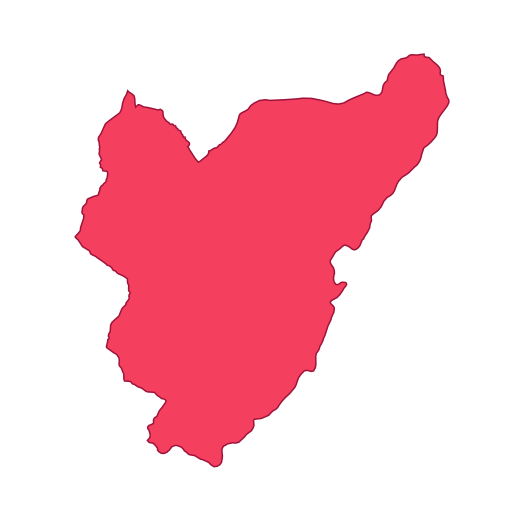 the district of Guadalupe, Santander, Colombia, rotated 184°
{"feature_id": "7082276B99610828489560", "entity_name": "Guadalupe", "entity_type": "district", "adm_level": 2, "iso_a3": "COL", "parent_name": "Colombia", "parent_adm1": "Santander", "projection": "orthographic", "projection_center": [-73.394, 6.237], "detail": "fine", "context": "isolated", "style": "filled", "palette": "rose", "viewbox_px": 512, "rotation_deg": 184, "n_neighbors": 0, "source": "geoboundaries", "source_scale": "gbopen_adm2", "svg_char_len": 6058}
<svg xmlns="http://www.w3.org/2000/svg" viewBox="0 0 512 512"><g transform="rotate(184 256 256)"><path d="M81.8,448.6L83.6,449.2L84.8,449.8L85.0,451.1L84.9,453.4L85.6,455.8L87.3,458.0L89.4,459.8L93.0,462.4L97.1,466.0L101.1,466.3L102.1,467.0L102.4,469.1L106.8,468.3L108.9,467.7L115.0,467.6L117.1,466.8L118.7,465.1L120.1,464.1L124.9,462.8L127.5,460.8L129.2,458.6L131.9,452.8L136.4,446.2L137.5,440.0L139.9,437.5L141.1,434.6L141.7,428.8L143.0,426.4L144.5,425.2L146.2,424.8L148.4,424.7L154.5,426.8L157.2,427.1L159.1,425.7L169.0,420.8L174.6,417.8L179.0,414.8L184.3,413.3L190.1,413.5L196.2,414.9L202.1,415.9L211.4,417.1L220.4,416.7L226.0,415.6L238.9,413.8L252.8,412.2L257.5,412.5L263.3,411.4L268.5,408.4L271.8,405.6L274.1,401.8L276.7,399.9L280.4,397.8L282.3,395.9L284.0,387.7L285.9,382.5L289.4,376.5L294.4,369.5L295.5,368.1L297.0,367.1L299.1,364.6L300.2,364.5L302.0,362.0L303.0,361.2L304.8,360.8L306.7,359.7L307.8,358.7L309.4,357.7L310.4,357.5L310.4,355.6L311.3,353.4L312.7,351.9L317.6,347.4L318.8,346.3L320.0,345.6L323.3,348.8L329.5,357.1L331.2,359.9L331.8,360.4L330.4,361.8L330.1,363.2L330.6,364.5L334.0,366.9L334.9,368.5L335.1,369.7L336.2,369.4L336.9,369.9L337.7,371.8L338.8,372.9L339.5,374.0L339.7,375.3L341.2,376.0L342.4,376.2L342.8,377.3L343.7,378.0L344.8,378.5L345.0,379.8L346.0,380.5L347.2,380.4L348.2,381.7L350.9,381.5L352.1,382.9L354.8,384.5L356.9,386.7L358.0,388.4L358.7,391.5L358.9,393.4L359.8,394.7L361.9,395.7L363.1,394.9L364.7,395.0L369.9,395.9L375.1,396.7L377.0,396.7L379.0,397.1L381.5,398.2L383.1,398.7L384.1,398.7L386.4,396.2L387.2,398.7L388.0,404.9L388.9,407.4L391.2,409.1L394.2,410.7L395.5,411.9L396.5,408.0L398.5,404.0L399.8,398.7L400.1,394.8L400.7,392.2L402.0,389.2L413.3,379.5L415.5,377.2L419.0,367.6L421.4,363.3L421.4,360.6L420.4,358.5L420.0,355.8L419.4,353.6L419.8,351.7L419.4,350.2L419.7,346.9L416.7,341.2L417.9,339.6L418.6,337.8L417.4,336.2L417.4,333.5L416.2,333.2L415.3,332.3L414.8,330.4L411.2,330.1L410.2,329.8L409.7,327.9L410.0,323.0L410.7,322.1L410.7,320.5L410.9,319.5L413.1,317.4L413.5,316.4L415.0,315.3L416.1,313.4L416.4,312.8L416.5,311.7L416.4,310.8L417.0,308.9L417.3,307.8L417.3,306.6L417.6,306.1L418.6,305.3L422.4,304.0L427.5,301.4L428.1,300.8L428.5,300.0L428.9,297.1L429.5,295.9L431.7,293.5L432.1,292.7L432.4,291.8L432.7,287.6L432.5,286.8L432.1,286.1L430.8,285.1L430.6,284.7L430.6,281.5L433.0,272.1L433.0,269.6L433.4,268.5L434.4,266.9L437.5,263.0L437.7,262.4L436.5,261.1L434.9,260.0L432.1,256.5L429.9,253.4L427.8,252.2L426.6,251.8L424.5,250.5L423.4,250.1L422.3,249.3L421.4,247.1L420.9,246.5L418.9,245.5L417.6,245.1L415.8,244.3L414.2,243.2L407.7,239.4L404.8,237.4L404.1,236.6L403.3,236.3L401.9,236.1L400.7,235.4L399.7,234.7L398.7,233.7L398.4,232.9L397.1,231.6L395.6,231.4L394.9,231.1L393.9,229.9L391.8,228.5L390.4,228.1L387.4,227.0L384.2,225.3L382.7,224.0L382.5,223.5L382.5,221.8L382.2,220.2L380.9,217.7L380.8,214.3L380.6,212.7L380.3,212.1L379.2,211.1L379.0,210.3L379.0,209.8L379.6,209.1L379.9,208.2L380.0,206.7L379.7,206.3L379.5,205.5L379.6,204.8L380.1,203.5L382.4,200.0L382.4,198.6L382.7,198.0L384.8,195.8L386.2,193.8L388.5,186.6L393.6,181.3L395.0,179.7L395.8,178.1L396.2,176.9L396.2,170.9L396.6,169.5L397.3,168.5L397.7,166.5L397.7,165.7L397.5,165.3L396.8,164.6L396.7,164.0L398.0,162.2L398.1,160.0L398.9,155.0L398.6,154.3L398.0,153.8L391.0,149.5L389.3,148.8L388.1,148.0L386.8,146.5L385.4,144.3L385.1,142.0L385.1,138.6L384.8,137.4L384.4,136.7L382.8,135.2L379.9,129.5L379.6,128.5L379.3,124.5L378.6,122.3L378.2,122.1L374.3,122.2L372.2,121.9L370.6,120.1L370.0,119.7L368.5,119.5L364.5,117.2L361.3,116.4L360.4,116.0L356.2,113.3L354.5,112.9L347.7,112.9L346.8,111.9L344.7,110.0L341.4,108.1L340.5,107.4L339.9,107.1L338.1,107.0L337.4,106.8L336.0,105.8L335.7,104.9L335.8,104.2L336.1,103.4L339.2,98.3L341.0,95.8L342.0,94.0L343.5,89.6L344.2,88.7L345.9,87.5L346.2,87.0L346.8,85.7L346.8,85.0L346.6,82.2L346.7,81.8L348.5,80.7L351.1,79.4L352.1,77.9L352.1,77.4L351.9,76.3L350.7,74.8L350.0,73.2L349.2,70.7L349.1,69.6L349.1,68.1L349.5,67.0L351.5,64.5L350.3,63.2L349.5,62.6L348.6,62.4L345.9,62.2L344.4,61.1L342.8,59.7L341.0,57.5L340.6,56.6L340.8,55.8L340.0,54.7L338.9,53.8L337.0,52.7L335.3,52.5L334.2,52.6L333.3,52.9L331.1,54.1L330.4,54.9L328.8,56.4L326.8,59.7L324.8,60.9L322.6,61.5L320.9,61.3L317.2,60.1L315.2,58.5L313.9,56.7L311.3,55.2L310.4,54.2L309.0,53.3L306.5,52.9L303.2,52.6L297.1,49.4L295.5,49.2L292.1,48.1L288.7,46.7L286.3,44.5L283.2,42.9L280.1,43.5L277.7,45.1L276.1,47.5L275.7,50.6L275.5,53.9L276.3,58.2L276.5,60.7L275.9,62.7L275.1,64.1L273.1,65.2L271.8,66.4L266.7,68.0L263.2,68.0L260.2,69.0L254.7,74.9L253.1,77.3L248.3,81.5L247.0,84.2L246.2,86.8L247.0,91.9L246.3,93.0L239.4,94.3L232.2,98.0L229.8,101.1L228.0,102.9L225.8,104.3L223.9,106.2L222.6,108.8L220.0,112.9L218.4,115.0L215.9,117.9L213.0,120.9L208.1,127.6L206.9,130.7L205.2,137.3L203.0,141.0L199.7,144.9L196.6,145.5L193.0,144.7L190.5,145.4L189.0,148.8L188.7,152.0L189.4,160.3L189.0,163.1L186.8,166.7L185.8,170.7L184.5,173.3L183.3,176.4L182.9,178.5L181.7,181.6L179.4,191.1L176.8,197.7L176.4,200.0L175.7,202.1L174.4,205.3L174.2,209.2L175.0,211.1L178.3,213.9L178.6,215.2L177.5,216.9L172.2,220.3L169.7,223.3L167.4,227.1L166.2,229.7L164.7,231.8L163.7,233.6L163.9,235.1L164.8,235.8L167.4,235.9L169.6,235.4L170.9,234.0L172.8,233.1L174.6,233.4L176.4,235.9L177.1,238.8L177.0,241.8L176.5,243.9L176.9,247.1L178.1,249.9L180.4,252.8L181.4,254.5L181.6,256.6L177.0,265.6L172.8,269.1L170.5,271.6L168.5,273.2L164.4,272.1L160.2,269.4L158.4,269.0L156.4,269.7L154.4,271.6L153.0,273.8L151.3,279.2L149.9,280.6L149.2,282.8L146.5,287.4L144.6,292.1L144.5,294.4L144.1,297.1L143.3,298.9L143.3,299.9L143.7,301.8L143.8,304.1L142.7,305.4L137.4,309.9L134.6,313.8L132.2,319.7L130.7,321.7L129.0,323.8L126.3,325.6L123.9,328.0L122.5,330.7L120.5,337.4L119.2,340.2L115.8,344.8L112.7,347.0L109.7,349.4L103.9,356.0L101.6,358.2L99.6,361.6L98.4,365.0L97.8,369.2L96.1,375.6L92.6,378.5L89.5,381.8L86.2,386.0L84.6,388.7L84.1,390.2L83.8,392.8L84.3,403.0L83.4,406.4L81.9,409.4L75.7,419.0L74.3,422.6L74.6,425.2L76.4,427.8L77.9,431.4L78.7,435.1L81.1,443.4L81.8,448.6Z" fill="#f43f5e" stroke="#9f1239" stroke-width="1.5"/></g></svg>